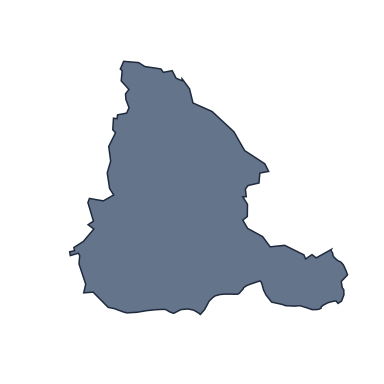 Lipkovo, Lipkovo, North Macedonia (Natural Earth projection), rotated 167°
{"feature_id": "65306769B52717367250393", "entity_name": "Lipkovo", "entity_type": "district", "adm_level": 2, "iso_a3": "MKD", "parent_name": "North Macedonia", "parent_adm1": "Lipkovo", "projection": "natural_earth1", "projection_center": [21.557, 42.166], "detail": "fine", "context": "isolated", "style": "filled", "palette": "slate", "viewbox_px": 384, "rotation_deg": 167, "n_neighbors": 0, "source": "geoboundaries", "source_scale": "gbopen_adm2", "svg_char_len": 1870}
<svg xmlns="http://www.w3.org/2000/svg" viewBox="0 0 384 384"><g transform="rotate(167 192 192)"><path d="M299.6,98.4L294.2,96.0L285.6,90.4L282.8,88.9L273.5,87.3L271.5,87.1L263.0,86.6L254.0,85.5L249.0,84.6L245.1,83.8L244.4,83.5L243.1,82.6L241.5,80.9L240.8,80.3L237.2,77.9L229.2,79.9L222.1,78.9L218.9,77.4L217.8,76.9L216.7,76.3L212.4,72.2L211.5,70.8L211.0,71.1L206.4,74.4L202.9,78.3L200.0,81.7L195.5,84.5L192.7,85.6L187.9,85.8L183.2,85.2L177.3,83.8L174.1,83.0L171.2,82.3L169.9,82.2L168.8,82.7L163.9,86.1L163.2,87.2L162.5,87.5L159.7,88.5L156.8,89.0L145.8,90.1L145.5,89.5L144.9,88.8L144.6,87.1L144.3,80.3L143.0,74.9L139.2,66.8L129.3,62.1L126.4,60.2L117.6,57.7L115.3,57.4L112.3,56.9L107.3,54.0L101.3,50.3L96.6,49.3L94.3,49.3L92.3,49.8L91.9,51.0L89.9,52.1L85.0,53.4L82.6,53.7L78.6,53.7L76.2,53.4L74.8,50.6L70.9,52.0L67.1,57.6L66.1,62.6L67.1,64.8L66.8,70.2L66.5,71.4L63.1,73.6L59.1,76.3L59.6,80.6L60.9,86.9L62.6,90.1L65.4,92.4L66.5,93.8L68.5,96.9L68.9,98.5L68.7,100.6L69.7,104.0L69.1,104.7L85.8,99.9L89.2,104.0L96.4,101.2L97.1,105.6L113.7,119.2L128.2,121.0L133.2,132.6L146.0,144.0L148.8,153.2L143.6,155.7L140.7,167.5L143.6,175.9L140.2,175.2L139.3,182.9L135.9,185.7L124.7,185.7L121.6,195.2L112.7,194.8L114.7,203.1L131.4,220.5L137.6,241.2L154.3,265.9L171.0,278.5L171.2,293.1L176.2,304.5L176.6,302.7L181.9,306.4L184.0,314.7L193.0,315.0L194.6,318.9L209.8,324.9L214.9,330.1L229.2,334.7L234.2,327.9L232.7,326.0L236.0,316.2L230.4,306.1L234.7,302.6L235.6,297.0L234.4,288.3L237.9,283.6L247.2,283.9L248.6,280.3L251.9,281.6L255.2,270.5L253.2,266.9L262.9,255.1L264.3,240.4L270.3,229.7L271.5,214.0L269.0,206.7L280.4,203.3L293.4,208.8L295.8,205.1L294.6,185.8L300.6,183.5L296.0,178.0L309.1,168.2L319.6,164.5L319.7,161.2L324.6,161.3L324.9,157.4L316.5,157.9L315.7,155.3L318.3,147.3L316.3,126.1L320.2,118.1L310.9,116.7L299.6,98.4Z" fill="#64748b" stroke="#1e293b" stroke-width="1.5"/></g></svg>